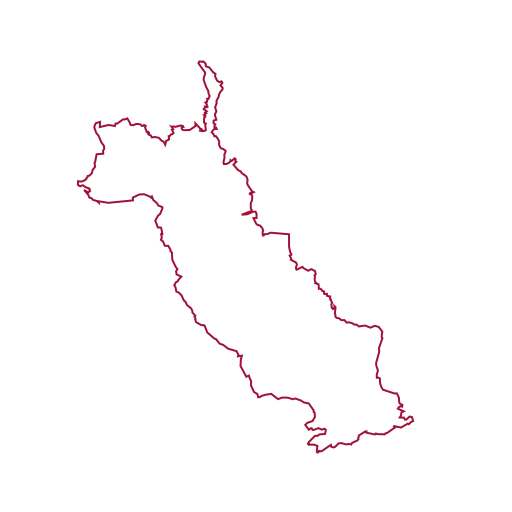 outline of Baia De Arama, Mehedinti, Romania, rotated 193°
{"feature_id": "2599482B84787861269200", "entity_name": "Baia De Arama", "entity_type": "district", "adm_level": 2, "iso_a3": "ROU", "parent_name": "Romania", "parent_adm1": "Mehedinti", "projection": "orthographic", "projection_center": [22.806, 45.004], "detail": "fine", "context": "isolated", "style": "outline", "palette": "rose", "viewbox_px": 512, "rotation_deg": 193, "n_neighbors": 0, "source": "geoboundaries", "source_scale": "gbopen_adm2", "svg_char_len": 6101}
<svg xmlns="http://www.w3.org/2000/svg" viewBox="0 0 512 512"><g transform="rotate(193 256 256)"><path d="M438.1,351.6L441.9,349.4L442.6,346.3L442.4,344.7L439.4,340.1L436.2,337.5L432.1,331.8L428.9,329.1L428.0,326.3L428.7,324.2L427.9,321.3L434.2,319.3L433.9,311.5L434.3,310.6L432.9,306.7L434.5,303.2L434.6,299.7L436.4,296.8L438.0,296.1L437.9,295.1L438.8,293.6L438.6,292.9L440.5,290.7L443.0,289.2L446.2,288.8L445.6,285.3L443.0,284.3L441.4,285.7L440.1,285.9L437.6,284.7L433.3,284.2L433.2,283.0L432.3,282.0L433.8,280.2L438.4,281.7L433.2,277.9L431.5,275.4L429.7,275.5L427.3,274.0L423.6,273.8L421.4,272.7L422.1,273.9L411.8,274.6L388.4,282.5L389.2,285.2L383.5,289.7L379.0,291.0L373.0,290.1L371.3,289.2L370.8,290.5L368.6,287.4L364.5,285.3L362.6,283.2L358.3,282.6L357.9,281.2L358.9,275.3L360.5,273.4L362.1,267.8L358.0,261.7L355.1,262.3L354.3,261.3L352.2,256.3L353.3,256.0L351.9,252.6L352.3,250.4L349.8,249.2L347.2,245.5L343.7,246.1L340.7,242.8L340.3,241.4L338.7,240.5L336.7,233.5L332.0,227.6L329.6,225.5L330.4,223.1L329.2,220.2L324.1,219.1L326.3,215.2L326.5,213.8L328.0,212.6L329.1,209.2L327.4,207.4L325.6,203.4L322.8,202.9L319.6,200.8L316.3,196.5L314.5,195.6L312.2,192.7L307.5,190.4L305.7,188.2L305.2,186.6L301.7,184.2L302.3,182.9L301.4,182.3L300.7,180.9L301.0,180.4L299.5,178.1L293.9,176.4L290.6,176.8L286.2,170.5L278.1,166.2L276.2,166.0L271.7,162.4L268.0,162.0L262.3,159.4L253.6,158.9L250.9,155.9L251.0,154.2L247.3,155.7L247.5,151.8L246.3,145.3L238.3,136.2L236.0,137.9L234.4,135.1L232.6,133.1L231.7,128.6L227.4,123.1L223.6,121.8L222.1,118.9L220.5,119.3L219.1,120.9L215.6,122.9L210.2,125.1L202.3,121.5L198.8,123.9L193.3,125.1L187.9,124.7L185.7,126.0L179.7,125.3L176.5,124.1L171.5,124.2L165.2,118.7L164.8,117.1L163.6,116.5L162.4,112.5L163.8,107.9L168.4,105.0L170.0,102.5L165.4,98.6L164.0,100.4L163.0,100.7L161.8,99.3L161.1,99.3L156.4,102.3L152.9,101.6L150.4,103.1L148.9,102.5L148.7,98.2L154.1,96.4L155.5,94.6L158.0,94.1L162.4,87.1L163.0,85.2L162.5,85.1L162.8,84.3L162.4,84.0L156.8,85.3L153.6,84.8L153.2,84.5L153.4,83.4L152.7,78.8L151.8,78.3L151.0,78.8L150.7,80.3L148.3,80.4L140.6,88.8L139.8,87.1L137.4,86.9L136.0,87.8L133.4,91.9L130.7,92.9L125.5,92.7L123.4,93.7L120.8,93.8L120.3,95.6L115.9,98.9L115.0,100.4L115.5,101.3L115.2,102.7L115.5,104.1L110.2,109.5L109.0,110.0L108.8,108.7L100.4,108.8L99.3,109.3L99.2,110.0L97.5,109.8L90.4,111.2L90.1,112.2L88.4,113.1L82.0,120.2L83.3,120.9L83.1,121.3L76.1,121.5L70.4,126.8L69.3,126.5L67.6,129.1L65.8,130.5L67.7,134.1L70.2,134.1L72.9,130.3L74.1,130.1L75.5,131.8L79.6,131.0L78.9,133.0L79.1,136.4L77.2,137.9L83.4,139.1L82.9,140.7L81.5,142.0L79.7,142.1L79.8,143.8L82.4,144.4L83.5,145.5L84.9,150.1L87.8,153.8L90.3,153.2L102.2,154.3L104.4,156.5L106.5,160.0L107.8,164.6L110.2,165.1L110.9,164.6L111.6,167.3L111.5,172.0L114.1,176.2L114.9,178.7L114.4,189.5L114.5,191.2L115.5,193.6L114.3,204.4L115.1,205.0L115.6,206.6L115.9,210.7L120.4,214.5L124.5,214.7L128.4,211.9L134.0,212.8L139.9,210.5L142.5,211.7L144.8,211.3L147.3,212.2L150.4,212.3L152.8,211.5L155.3,213.4L158.5,212.7L160.8,213.9L163.7,213.9L164.9,214.7L165.3,216.3L166.2,217.7L167.0,224.0L168.1,224.7L167.7,223.9L169.1,221.6L170.4,222.5L171.7,225.7L171.4,227.8L173.8,230.4L173.5,230.7L174.9,232.4L174.7,233.2L177.8,233.2L178.4,235.1L180.3,234.3L181.4,234.8L181.6,236.7L183.9,237.0L184.6,238.1L186.9,238.7L187.4,238.3L188.7,242.5L191.9,242.8L191.5,243.5L192.9,244.6L193.7,246.8L193.8,248.9L194.6,250.3L193.7,251.7L195.0,254.5L199.1,255.7L201.8,253.4L206.8,254.8L208.3,255.9L213.2,251.8L213.7,252.0L214.4,253.4L214.3,257.2L215.7,258.7L221.2,260.2L221.0,261.0L221.6,262.0L223.3,264.0L221.9,265.1L222.0,265.7L223.7,267.7L225.9,272.6L228.7,284.6L246.9,282.0L250.4,279.7L252.6,279.2L253.0,277.9L253.9,277.5L255.0,280.8L254.7,282.4L256.1,284.4L258.7,286.5L261.6,286.7L263.2,287.6L267.0,292.3L264.0,293.2L265.0,297.3L266.4,299.1L268.8,298.5L273.9,294.7L279.3,293.0L270.7,298.7L270.5,299.8L271.8,301.3L273.0,306.2L272.4,309.6L273.1,313.5L274.4,315.2L275.8,314.8L276.1,315.5L275.3,316.5L273.7,316.7L272.6,317.7L274.4,318.1L280.1,323.4L280.9,324.7L281.4,328.5L283.2,331.3L288.9,333.8L289.7,334.9L292.9,335.7L298.5,339.9L296.4,343.4L297.5,343.8L297.6,345.7L298.4,346.3L299.0,346.2L300.8,343.5L301.5,343.0L302.3,343.5L302.2,342.6L303.3,340.7L305.6,339.0L308.0,338.4L308.8,340.1L308.8,344.7L309.7,347.9L309.2,349.2L309.3,351.7L312.1,352.9L314.6,353.1L316.9,355.8L317.7,359.4L319.5,361.6L322.1,363.8L323.5,363.3L324.8,365.2L327.0,366.5L326.2,368.9L325.0,370.5L322.9,370.9L323.9,372.3L325.4,372.0L325.8,373.6L325.3,375.0L327.4,376.1L327.7,378.5L325.3,379.8L327.6,383.8L327.8,385.6L327.1,387.8L329.3,391.7L328.7,395.8L329.4,398.1L328.3,402.5L328.3,405.3L327.3,408.7L326.1,410.5L326.3,412.3L329.0,414.2L327.7,417.1L328.9,418.4L330.7,417.2L333.3,418.1L336.3,421.8L336.5,424.4L339.0,425.3L344.1,429.3L347.3,429.5L348.1,430.6L348.0,431.6L349.6,433.0L351.4,433.7L352.2,433.0L354.3,433.0L355.1,432.7L355.4,430.8L347.0,423.4L346.5,422.4L347.0,418.0L346.6,415.8L342.6,409.5L339.5,405.9L338.8,403.6L337.1,401.5L337.7,398.6L338.9,398.2L338.3,397.4L338.7,396.0L338.4,395.2L339.8,394.2L338.0,392.6L338.1,391.8L336.8,390.4L337.5,389.8L339.5,390.0L339.3,388.7L340.0,387.3L336.5,385.9L337.8,384.4L336.8,383.9L337.8,383.2L337.0,381.6L338.3,381.3L336.9,379.8L337.7,378.3L336.6,374.3L334.6,373.7L335.0,372.4L333.2,367.4L333.8,366.6L336.8,365.4L337.3,365.5L337.0,366.8L337.6,367.3L338.7,366.2L338.7,367.4L344.9,371.6L344.2,369.0L349.0,363.8L354.5,362.4L356.3,362.6L357.3,363.9L357.2,364.8L355.8,365.4L356.7,366.3L358.8,366.2L363.6,363.7L365.8,363.7L366.2,362.7L367.3,362.9L365.2,360.9L366.3,360.1L364.0,357.3L364.7,356.0L366.4,355.1L367.1,353.3L368.0,353.1L366.9,350.0L369.4,348.0L369.5,344.0L371.8,346.7L374.0,347.1L377.2,349.3L381.2,349.2L384.2,348.1L385.8,349.9L387.5,350.1L387.8,351.4L388.4,350.8L388.9,351.5L388.6,352.3L389.1,352.7L389.7,352.0L390.4,352.3L393.0,356.3L392.8,358.1L394.6,358.4L394.9,357.6L396.3,357.0L397.6,358.1L400.6,358.1L402.7,357.6L404.8,355.9L407.7,355.5L409.0,357.6L412.4,361.1L414.7,359.5L416.3,359.2L420.9,353.9L422.6,353.5L422.7,350.9L429.1,350.5L437.2,346.5L438.1,351.6Z" fill="none" stroke="#9f1239" stroke-width="2"/></g></svg>